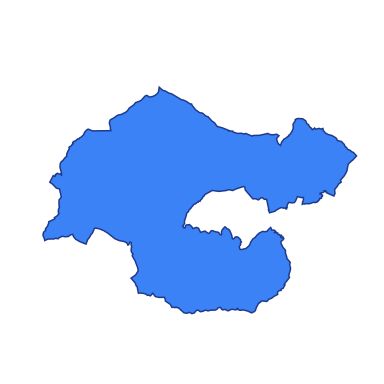 Tilisca, Sibiu, Romania (Mercator projection), rotated 206°
{"feature_id": "2599482B75916194776070", "entity_name": "Tilisca", "entity_type": "district", "adm_level": 2, "iso_a3": "ROU", "parent_name": "Romania", "parent_adm1": "Sibiu", "projection": "mercator", "projection_center": [23.791, 45.786], "detail": "fine", "context": "isolated", "style": "filled", "palette": "blue", "viewbox_px": 384, "rotation_deg": 206, "n_neighbors": 0, "source": "geoboundaries", "source_scale": "gbopen_adm2", "svg_char_len": 5973}
<svg xmlns="http://www.w3.org/2000/svg" viewBox="0 0 384 384"><g transform="rotate(206 192 192)"><path d="M307.7,90.4L307.3,88.5L306.4,87.1L304.6,85.8L303.1,83.8L300.8,86.6L295.4,89.3L294.4,90.6L291.9,91.2L291.3,92.8L289.0,95.5L286.5,96.1L283.6,97.8L282.3,100.4L280.5,101.6L278.9,99.9L276.0,98.6L271.6,98.2L264.4,98.7L264.9,103.6L264.3,106.0L264.1,109.6L263.5,111.5L263.7,116.0L263.3,117.1L259.2,118.3L254.4,118.6L249.4,118.1L241.0,116.2L236.3,116.4L231.5,117.7L228.5,117.8L226.3,116.2L225.8,117.0L225.8,119.8L224.2,119.8L223.6,117.8L222.2,116.4L222.0,115.0L220.8,112.2L219.3,111.0L217.9,110.6L218.0,109.1L217.5,108.2L213.2,105.4L207.3,99.8L205.8,97.5L206.3,92.8L209.0,87.8L203.3,85.4L200.7,83.0L199.9,83.0L195.8,77.5L194.4,78.5L190.9,79.7L189.1,80.0L186.7,79.6L185.9,80.2L183.9,80.4L182.8,83.9L179.5,82.1L178.6,82.0L175.2,82.9L170.8,85.2L169.2,84.1L168.1,82.3L162.3,81.5L159.4,79.4L158.5,80.3L156.6,80.5L155.9,81.6L154.4,81.5L153.6,82.0L146.3,79.9L143.7,80.6L141.4,82.8L138.8,82.6L136.9,84.3L136.1,87.6L134.7,88.4L131.9,88.1L129.8,89.7L128.2,91.7L125.4,92.2L123.3,94.1L119.5,95.9L118.2,97.4L117.7,99.3L116.0,100.8L115.4,100.7L114.0,99.5L112.8,99.5L110.5,101.1L108.4,100.8L107.2,101.2L104.9,104.1L100.8,105.3L100.2,107.3L99.6,107.2L99.3,106.5L97.3,106.6L95.4,107.6L95.0,108.3L89.9,109.4L85.4,109.5L83.5,111.9L83.1,113.2L83.5,116.5L83.4,120.9L82.9,121.5L82.8,122.5L82.4,122.7L81.4,124.8L77.0,126.3L76.3,127.3L76.2,128.9L73.9,131.4L72.6,134.1L70.1,137.5L71.0,138.8L71.1,140.2L70.4,141.6L68.8,142.6L69.2,143.7L67.9,145.4L67.7,149.3L68.7,149.5L66.9,157.9L68.5,159.5L69.5,165.4L70.3,167.2L72.1,169.0L73.0,171.9L77.9,174.0L78.1,174.9L81.3,178.1L82.2,180.2L83.1,181.0L85.8,182.0L89.7,185.0L90.3,186.7L89.2,188.9L89.0,190.3L90.5,191.4L90.9,190.3L92.2,190.1L92.7,191.3L92.1,191.8L92.2,192.1L93.1,192.3L93.6,191.4L95.0,192.1L96.0,191.5L97.0,192.8L100.0,191.7L99.9,192.3L99.2,192.7L99.3,193.3L101.8,193.7L103.5,192.7L105.7,194.6L106.5,192.9L107.4,189.5L109.5,188.0L111.2,187.6L113.6,184.5L114.6,181.9L115.3,179.0L116.8,176.2L117.3,172.1L117.0,171.3L117.2,168.5L118.8,164.8L122.5,161.8L123.8,161.6L124.9,162.7L125.6,164.0L125.2,166.1L126.1,167.2L125.6,168.7L126.9,169.5L127.6,170.5L130.8,171.6L132.0,171.3L132.9,171.0L133.5,170.1L134.0,168.0L135.1,167.7L137.7,170.9L141.2,173.9L142.9,174.6L144.5,174.3L146.7,175.2L147.2,175.0L148.2,171.7L148.1,169.1L146.7,166.8L147.1,166.1L148.6,166.2L149.7,167.1L150.8,167.3L154.7,166.3L156.2,166.4L157.4,165.9L158.0,164.9L158.4,162.6L158.7,162.2L159.9,162.0L163.2,162.6L166.7,159.5L170.3,162.3L172.5,162.1L175.1,159.6L177.2,160.8L180.1,161.6L182.8,159.7L183.0,158.7L182.4,156.8L183.9,156.2L185.5,157.5L185.1,158.0L184.9,160.5L186.0,162.4L186.9,168.6L187.5,170.7L186.8,172.3L186.6,173.3L186.9,174.1L185.9,176.7L185.9,178.0L185.2,179.7L185.1,181.6L183.7,182.8L182.8,184.9L182.0,185.5L182.1,186.4L180.7,187.3L180.8,188.3L179.9,191.2L180.1,192.7L179.4,193.7L179.3,195.4L174.4,202.3L168.2,204.3L161.8,208.4L160.1,210.2L156.0,211.2L153.9,213.9L148.2,219.5L146.6,219.5L145.1,217.2L134.3,212.5L131.5,214.0L129.0,213.9L127.4,216.9L126.3,217.8L123.9,217.1L121.7,218.1L115.0,209.6L115.4,209.3L113.2,207.3L108.9,211.2L108.5,212.5L105.2,217.0L102.2,217.8L100.9,218.9L100.4,218.0L99.6,218.2L99.9,220.4L100.7,221.4L100.6,225.1L97.7,225.9L95.5,227.2L95.0,229.0L95.2,234.1L91.3,234.9L90.2,235.4L90.1,235.8L89.2,235.7L88.2,233.0L88.3,231.7L87.5,229.3L86.4,230.5L85.4,230.6L84.2,231.6L81.2,233.0L78.2,236.1L76.9,236.3L75.2,237.7L75.2,238.7L74.7,238.8L74.4,240.4L74.0,240.9L74.4,242.2L73.0,243.0L73.3,245.1L73.0,245.3L73.1,246.1L73.7,246.5L75.6,246.9L76.0,246.5L76.2,247.3L73.9,249.2L73.3,250.3L73.8,251.1L72.9,251.5L72.8,251.0L72.4,250.8L71.9,251.4L70.8,250.9L70.8,250.3L62.7,250.6L62.8,253.4L64.5,255.9L64.8,257.3L63.9,260.8L63.8,263.3L62.2,266.3L63.8,267.7L62.3,273.0L62.0,276.2L62.1,279.2L63.7,284.9L63.4,287.1L61.4,291.5L59.9,296.6L64.2,298.3L65.9,298.2L68.3,298.8L71.0,298.6L72.8,299.8L74.2,299.8L76.0,301.5L79.9,302.9L83.1,302.1L84.0,302.1L85.3,303.3L86.9,303.8L91.1,304.1L94.5,303.4L97.9,303.5L100.9,304.8L102.2,306.5L103.8,305.0L105.7,304.9L108.4,302.6L109.8,303.3L111.0,300.8L111.4,300.7L112.4,301.6L115.2,302.3L116.7,303.5L118.9,303.9L121.2,305.9L124.7,306.3L128.8,304.6L130.3,303.4L130.9,302.2L130.6,302.0L130.5,300.8L130.9,297.2L128.9,293.7L128.7,290.7L129.1,286.8L130.0,285.2L129.6,284.4L130.3,283.7L131.4,281.3L132.5,279.9L133.3,276.1L132.8,272.7L135.7,273.2L138.9,276.2L139.4,277.3L138.5,280.7L141.3,281.0L144.8,278.6L147.4,277.8L149.5,277.9L156.1,272.6L162.0,269.5L162.6,268.5L169.4,268.2L170.1,267.2L173.7,266.3L176.7,264.6L181.3,263.9L181.9,264.6L185.5,263.1L185.5,263.5L192.5,263.0L198.2,262.0L202.2,264.1L205.1,264.5L210.6,266.7L212.7,266.3L217.2,267.5L219.9,266.6L224.8,267.5L229.9,269.9L230.9,270.9L232.6,270.3L236.1,270.9L240.1,270.9L241.7,270.3L253.6,271.3L256.0,270.7L260.4,271.1L262.8,270.5L267.4,271.8L266.0,267.3L266.3,265.3L267.2,263.2L268.7,261.1L271.5,258.8L274.9,259.0L275.8,258.4L276.5,256.9L277.7,252.4L279.3,250.2L281.9,247.6L282.4,245.0L285.2,239.9L285.5,237.2L286.4,234.9L289.3,231.0L292.5,228.4L294.8,224.2L297.0,221.2L297.1,219.5L296.2,217.2L293.9,214.8L293.2,213.2L291.8,211.6L308.2,203.3L312.9,203.0L313.9,201.5L314.7,198.6L314.6,195.6L315.9,192.3L316.8,191.3L316.8,190.2L318.2,189.4L319.3,186.4L320.2,186.0L320.9,184.6L320.7,183.5L319.9,183.3L320.6,181.9L320.7,180.6L322.0,178.9L322.0,177.8L321.1,177.1L321.4,175.3L321.3,171.5L320.3,169.0L321.2,167.1L321.9,163.6L322.8,161.9L322.9,159.9L321.6,156.5L317.1,151.1L316.7,150.0L318.6,150.5L319.2,149.9L321.3,149.8L322.3,148.0L321.9,147.9L322.3,146.6L321.9,146.6L321.9,146.1L322.5,145.8L323.9,145.9L324.1,138.4L320.9,138.0L315.6,136.0L312.5,136.7L307.2,130.1L308.0,126.6L306.2,122.6L304.8,120.9L305.0,120.5L304.5,120.2L304.4,117.7L303.9,116.9L303.8,115.9L302.8,115.3L302.8,114.4L302.1,114.1L302.6,111.8L304.4,108.6L303.7,108.3L303.8,107.3L307.7,102.6L307.1,100.7L306.9,97.6L307.6,94.8L306.6,93.2L307.5,92.0L307.7,90.4Z" fill="#3b82f6" stroke="#1e3a8a" stroke-width="1.5"/></g></svg>